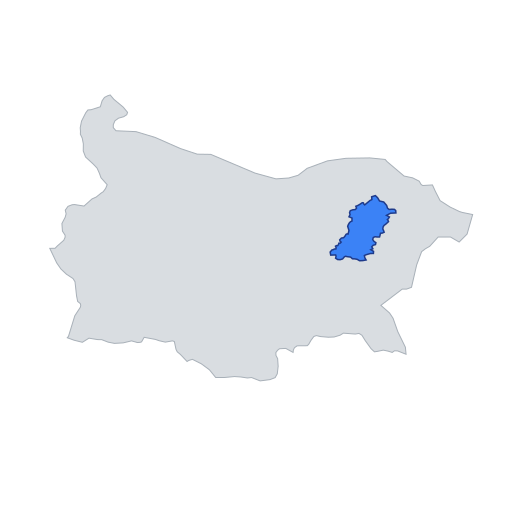 Bulgaria, with Shumen highlighted, rotated 12°
{"feature_id": "BGR-2258", "entity_name": "Shumen", "entity_type": "Province", "adm_level": 1, "iso_a3": "BGR", "parent_name": "Bulgaria", "parent_adm1": "", "projection": "equal_earth", "projection_center": [26.96, 43.305], "detail": "fine", "context": "in_parent", "style": "filled", "palette": "blue", "viewbox_px": 512, "rotation_deg": 12, "n_neighbors": 0, "source": "natural_earth", "source_scale": "10m", "svg_char_len": 3625}
<svg xmlns="http://www.w3.org/2000/svg" viewBox="0 0 512 512"><g transform="rotate(12 256 256)"><path d="M423.2,320.9L414.3,319.4L411.2,319.9L409.3,322.0L405.1,321.6L400.1,321.6L394.7,324.0L391.8,325.1L387.9,322.8L380.5,316.1L376.1,311.5L372.8,310.3L369.4,311.7L357.5,313.3L354.7,316.0L349.2,319.0L343.7,320.4L335.8,321.4L331.6,321.3L329.3,322.7L327.3,327.1L325.9,331.4L324.8,333.1L314.9,335.3L312.7,337.7L312.1,340.2L312.3,342.6L304.4,340.2L298.3,341.8L296.8,343.6L295.5,346.3L296.2,349.1L298.5,351.9L300.6,359.3L301.3,366.8L300.0,371.0L295.4,374.0L286.0,377.3L276.9,375.8L272.9,377.1L266.2,377.5L260.0,378.4L250.4,381.4L241.8,383.2L234.1,377.0L224.9,372.8L215.3,370.3L212.0,372.1L210.5,373.5L202.5,368.0L198.9,366.1L197.2,364.0L193.9,356.6L191.9,356.4L185.2,359.1L178.9,359.0L175.0,358.5L163.5,358.8L161.9,363.8L160.5,364.6L158.0,365.3L151.9,364.9L144.1,368.6L135.7,370.9L129.2,371.0L122.5,369.9L118.4,370.7L109.7,371.1L104.1,376.5L95.6,376.2L88.4,375.2L89.3,373.5L91.2,352.1L94.9,342.5L94.8,340.6L94.1,339.1L91.0,337.5L88.8,332.4L84.3,318.8L81.7,316.1L74.3,313.2L67.9,309.3L62.5,304.2L52.7,291.4L57.9,290.2L59.5,287.6L64.7,280.6L65.4,277.2L64.9,275.3L61.5,271.9L59.4,264.6L61.3,257.8L61.5,254.2L59.9,250.8L61.8,246.5L65.5,244.1L67.8,243.4L77.4,242.9L83.7,234.3L87.5,231.5L91.4,226.7L93.2,224.9L94.9,221.1L95.6,217.2L88.1,211.7L85.6,207.6L82.3,203.1L77.8,200.0L68.7,194.6L65.2,189.2L63.8,182.2L61.5,176.8L58.9,173.4L58.4,170.6L57.4,167.1L57.3,160.3L59.7,151.3L61.2,148.1L64.3,147.2L72.7,142.4L73.2,136.2L74.8,132.4L77.5,130.2L79.9,128.8L84.4,132.3L95.2,138.0L100.5,142.2L100.2,144.7L97.6,147.3L92.8,149.8L89.9,153.1L89.1,157.2L89.7,160.1L93.0,162.6L112.8,159.3L132.8,161.0L159.6,166.6L177.4,168.6L190.6,166.0L215.0,170.7L237.7,175.1L259.5,176.4L271.8,172.9L280.4,168.3L287.8,159.6L306.1,148.1L323.8,141.7L346.9,136.4L362.3,134.7L364.5,136.4L384.2,147.0L393.0,147.0L400.1,148.9L402.6,151.7L404.4,152.4L413.8,149.8L418.0,155.5L424.6,163.6L435.8,167.8L445.7,170.2L448.8,170.5L459.3,170.4L457.9,190.7L451.8,200.1L442.3,197.0L430.2,199.6L423.9,210.4L420.3,213.6L417.1,217.3L415.0,231.3L414.6,254.3L410.1,257.1L405.9,258.0L388.4,278.3L398.5,284.0L403.0,288.4L410.4,300.5L421.1,314.2L423.2,320.9Z" fill="#d9dde1" stroke="#a8b0b8" stroke-width="1"/><path d="M328.9,239.6L327.7,236.7L329.1,234.2L330.2,233.8L331.1,232.9L332.7,232.5L332.6,231.1L331.7,229.9L332.5,229.1L333.7,228.9L334.3,227.5L334.4,226.2L335.8,225.9L336.4,224.7L335.1,224.0L334.5,222.8L335.8,220.7L337.9,219.9L338.8,218.3L339.6,216.1L340.5,215.4L341.5,215.4L341.6,211.7L339.5,207.9L339.8,206.0L340.5,204.0L341.4,202.7L342.6,201.9L342.0,198.9L338.8,198.3L339.4,195.9L338.5,194.2L338.8,192.1L341.0,190.7L343.5,189.9L344.4,188.3L343.3,186.6L345.0,185.5L346.9,183.8L348.5,182.1L349.2,181.7L350.0,181.7L350.7,182.8L351.7,183.4L356.0,178.0L357.6,176.7L356.8,174.0L360.2,172.1L362.8,173.7L365.4,176.5L369.7,176.6L373.3,179.4L374.7,181.9L376.5,182.8L379.1,182.0L381.7,181.6L383.2,182.5L383.9,184.8L378.7,186.2L375.2,189.1L378.4,190.1L377.7,192.0L376.9,193.0L377.7,193.7L378.5,194.8L376.2,198.0L374.9,199.4L374.3,201.0L374.4,203.2L375.5,204.6L376.4,206.1L374.8,207.3L373.0,207.9L373.0,210.1L372.9,211.7L370.7,212.2L368.4,212.4L366.9,213.5L366.7,215.6L368.4,217.2L370.5,218.0L370.5,220.0L368.4,221.1L367.3,222.9L368.8,224.6L367.0,226.0L370.0,227.0L370.3,229.1L367.3,229.8L363.4,231.9L361.9,233.0L362.8,235.1L364.5,237.0L361.4,238.3L358.3,239.1L355.6,238.2L353.0,238.3L350.9,238.7L348.8,237.4L345.1,237.7L343.8,237.6L342.7,238.3L341.3,240.9L339.1,242.1L336.6,242.5L334.3,241.6L334.4,239.7L333.7,238.4L328.9,239.6Z" fill="#3b82f6" stroke="#1e3a8a" stroke-width="1.5"/></g></svg>